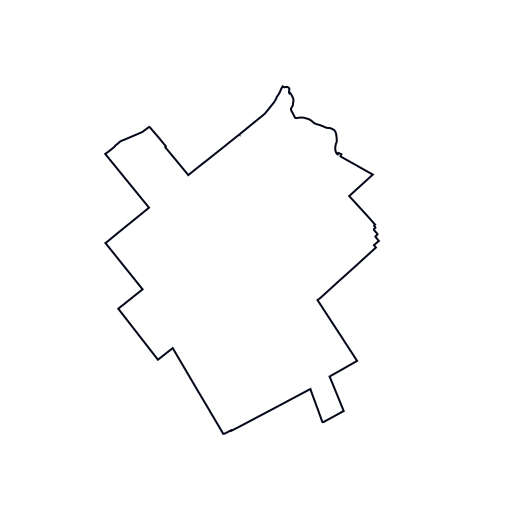 the district of Amara, Ialomita, Romania, rotated 230°
{"feature_id": "2599482B39510423223989", "entity_name": "Amara", "entity_type": "district", "adm_level": 2, "iso_a3": "ROU", "parent_name": "Romania", "parent_adm1": "Ialomita", "projection": "orthographic", "projection_center": [27.315, 44.645], "detail": "fine", "context": "isolated", "style": "outline", "palette": "ink", "viewbox_px": 512, "rotation_deg": 230, "n_neighbors": 0, "source": "geoboundaries", "source_scale": "gbopen_adm2", "svg_char_len": 3503}
<svg xmlns="http://www.w3.org/2000/svg" viewBox="0 0 512 512"><g transform="rotate(230 256 256)"><path d="M243.3,397.8L277.5,384.9L278.0,384.8L278.3,385.4L279.0,386.8L281.6,385.6L282.1,385.3L281.3,383.9L281.5,383.8L282.1,383.7L282.8,383.7L284.2,384.0L285.1,384.3L285.9,384.8L286.7,385.2L287.3,385.7L287.9,386.2L288.3,386.7L288.8,387.1L289.6,388.1L290.4,389.1L290.8,389.7L291.1,390.4L291.5,391.1L291.8,391.5L292.2,391.8L292.8,392.3L294.1,393.3L296.1,394.7L296.8,395.1L297.5,395.5L298.4,396.0L299.0,396.2L299.6,396.5L299.9,396.6L300.8,396.8L302.0,396.8L302.6,396.8L302.9,396.7L303.2,396.5L303.4,396.4L303.6,396.3L303.9,396.2L304.2,396.0L304.6,395.9L305.0,395.7L306.1,395.2L306.4,394.9L307.5,393.8L308.6,392.7L309.1,392.3L312.1,390.8L314.7,389.4L315.7,388.8L317.8,387.3L319.4,386.4L320.1,386.1L321.9,385.7L324.1,385.4L324.8,385.1L325.6,384.9L326.5,384.6L328.6,383.3L331.6,381.2L332.9,379.7L334.2,378.1L335.0,376.6L335.4,376.0L335.9,375.3L336.4,374.9L336.8,374.8L339.4,375.4L341.9,376.0L343.9,376.3L345.5,376.8L346.0,377.1L346.4,377.6L347.2,379.7L347.8,381.1L348.2,381.6L349.2,382.5L350.3,383.9L351.4,384.9L352.6,385.7L354.0,386.1L355.5,386.5L357.1,386.8L358.7,387.0L358.9,386.1L359.6,386.2L360.2,386.6L361.4,387.7L361.9,388.2L362.4,388.8L362.9,389.2L363.5,389.2L364.3,389.1L365.3,388.7L365.8,388.2L366.6,387.1L366.8,386.6L367.0,386.1L368.8,385.5L368.0,383.1L367.0,381.2L366.0,379.2L365.7,378.2L365.3,377.3L365.0,376.1L364.7,375.0L364.5,374.3L364.3,373.6L363.5,372.6L362.8,370.5L362.1,368.4L360.7,361.4L359.4,354.5L359.3,352.6L359.4,348.3L359.7,327.6L359.8,321.7L359.7,321.6L359.8,321.6L360.1,309.9L360.3,300.1L360.9,277.6L361.0,276.9L361.3,266.5L361.5,256.1L363.8,256.2L366.1,256.2L381.9,256.3L397.7,256.4L397.8,257.2L397.9,257.4L400.2,257.5L402.7,257.5L408.3,257.6L423.2,257.4L423.4,257.3L423.5,257.1L423.6,256.9L423.6,256.6L424.1,248.5L426.6,240.1L429.6,230.3L430.2,228.5L430.8,226.7L430.9,226.1L431.0,225.6L431.0,225.1L431.0,223.7L430.9,222.2L431.0,220.9L431.0,219.1L430.8,218.4L430.6,217.9L430.7,213.1L430.9,208.2L431.1,207.1L431.1,206.1L362.5,205.1L361.8,205.1L361.9,196.8L362.4,168.5L362.6,149.7L362.7,149.0L303.4,147.7L303.9,125.8L303.9,123.7L304.0,121.7L304.1,120.4L304.1,116.6L239.6,114.2L239.4,120.1L239.0,133.0L189.7,124.7L168.8,121.3L162.0,120.1L161.0,120.0L141.0,116.6L141.0,116.8L141.0,117.0L140.8,117.2L140.4,117.4L140.1,117.7L139.6,119.9L139.2,121.6L138.5,124.9L138.0,124.7L136.3,132.0L128.1,170.0L123.5,191.8L119.3,211.5L119.1,212.2L117.2,211.4L115.9,210.9L112.6,209.7L107.5,207.9L101.8,205.8L97.7,204.4L94.6,203.2L91.0,201.9L88.9,201.1L86.6,200.3L86.2,200.2L85.7,200.4L85.4,201.0L85.3,201.4L84.9,203.7L84.4,206.0L83.1,212.4L83.0,212.8L82.5,215.5L81.8,219.0L81.7,219.4L81.3,221.8L81.1,222.4L81.0,223.2L80.9,223.4L80.9,223.6L81.5,223.7L83.8,224.5L100.3,229.8L108.4,232.4L116.4,234.9L114.8,243.4L110.7,266.0L110.8,266.0L117.8,266.9L124.5,267.7L125.6,267.9L126.5,268.0L127.2,268.0L128.4,268.2L129.0,268.3L130.2,268.4L132.6,268.7L141.2,269.8L141.4,269.8L158.1,271.8L181.1,274.6L182.7,274.8L182.5,278.7L183.6,305.6L183.7,309.7L184.4,329.6L184.7,335.4L185.4,353.3L188.5,353.3L188.6,359.8L193.9,359.8L194.1,359.9L194.3,360.2L194.3,361.4L194.4,362.7L194.5,363.0L194.8,363.2L199.9,363.1L200.3,363.2L200.6,363.4L200.7,363.5L200.8,363.7L200.9,364.0L200.9,364.7L200.9,365.5L201.0,365.6L201.1,365.8L201.3,365.9L202.2,365.9L203.2,365.9L203.4,366.0L203.5,366.2L203.5,367.4L214.6,367.1L228.7,366.5L239.5,366.0L242.0,365.9L243.3,397.7L243.3,397.8Z" fill="none" stroke="#020617" stroke-width="2"/></g></svg>